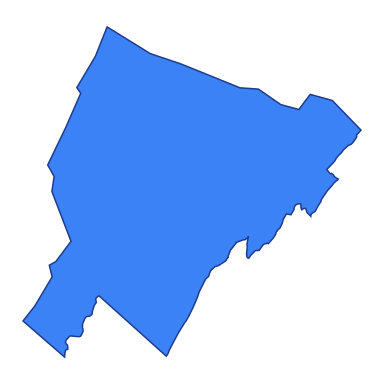 Hardy, West Virginia, United States of America (orthographic projection)
{"feature_id": "52423323B33103452466662", "entity_name": "Hardy", "entity_type": "district", "adm_level": 2, "iso_a3": "USA", "parent_name": "United States of America", "parent_adm1": "West Virginia", "projection": "orthographic", "projection_center": [-78.78, 39.0], "detail": "fine", "context": "isolated", "style": "filled", "palette": "blue", "viewbox_px": 384, "rotation_deg": 0, "n_neighbors": 0, "source": "geoboundaries", "source_scale": "gbopen_adm2", "svg_char_len": 1995}
<svg xmlns="http://www.w3.org/2000/svg" viewBox="0 0 384 384"><path d="M64.6,357.1L64.9,353.6L65.5,350.5L66.5,349.6L67.7,349.4L67.8,348.5L67.6,345.6L67.2,344.8L66.2,343.8L65.5,342.2L65.9,340.3L69.1,336.8L70.4,335.9L77.7,336.6L79.8,336.6L80.9,335.9L83.1,331.4L82.9,328.6L82.4,327.8L82.6,324.0L85.1,318.0L86.6,316.5L89.2,316.3L91.4,315.0L92.1,314.0L92.3,313.4L92.2,312.3L92.9,309.7L94.4,305.1L96.2,302.6L96.3,302.0L95.6,298.9L96.7,297.6L98.9,295.7L166.3,356.2L168.1,353.4L169.3,350.1L177.7,334.1L184.7,322.6L186.3,320.6L189.0,315.6L192.3,309.1L195.6,301.7L197.8,296.2L199.3,291.6L205.8,278.8L208.3,276.8L209.1,275.0L210.2,271.5L211.3,270.1L215.0,266.6L218.5,265.6L225.9,260.8L226.8,259.0L228.3,257.2L228.2,256.0L230.5,250.1L236.7,242.3L243.6,239.7L244.8,239.8L245.6,239.4L247.8,237.4L248.5,236.2L247.2,242.8L246.9,244.6L247.1,245.5L247.1,245.8L247.2,247.1L246.5,254.4L247.1,257.1L247.7,258.0L248.5,258.2L249.0,257.9L250.9,255.2L255.4,250.6L259.2,250.4L262.4,245.8L264.1,244.0L267.7,243.3L268.3,243.6L273.6,237.7L275.8,234.0L276.1,232.3L278.2,229.5L279.8,228.3L282.0,223.9L283.4,219.1L286.5,213.9L290.9,214.8L294.1,209.3L294.1,207.7L295.0,205.9L295.7,205.0L297.8,203.9L300.6,203.8L300.9,204.7L300.9,207.5L301.6,209.7L303.9,208.5L305.6,208.3L307.1,212.7L310.8,216.3L310.9,215.0L312.3,212.9L313.8,212.4L315.3,211.2L317.7,206.6L320.8,201.8L321.3,199.8L322.2,198.3L327.5,190.6L332.2,185.4L333.5,183.5L335.9,181.2L337.3,180.3L338.3,179.1L334.6,176.9L333.3,174.7L331.4,173.4L330.4,173.7L330.0,173.5L326.7,169.5L333.1,162.9L334.9,160.8L336.2,158.3L339.7,154.2L340.8,153.5L341.6,152.4L343.7,149.6L348.3,145.5L351.1,144.3L353.1,142.3L356.3,137.8L356.8,136.1L356.5,134.9L358.8,132.7L361.0,130.1L332.3,100.5L310.2,94.4L298.8,109.5L280.8,104.6L258.4,89.1L239.9,87.8L181.1,64.0L150.2,53.6L107.1,26.9L95.4,56.3L76.8,87.6L80.7,93.3L65.5,128.0L47.7,165.0L54.1,176.4L51.9,191.5L71.0,241.3L55.8,261.6L49.3,265.2L52.1,276.9L34.8,306.0L23.0,321.0L64.6,357.1Z" fill="#3b82f6" stroke="#1e3a8a" stroke-width="1.5"/></svg>